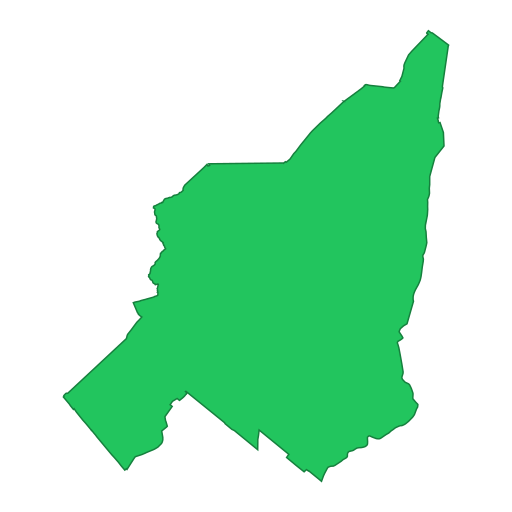 the district of Lansingerland, Zuid-Holland, Netherlands
{"feature_id": "6326949B1243164224126", "entity_name": "Lansingerland", "entity_type": "district", "adm_level": 2, "iso_a3": "NLD", "parent_name": "Netherlands", "parent_adm1": "Zuid-Holland", "projection": "orthographic", "projection_center": [4.494, 52.011], "detail": "fine", "context": "isolated", "style": "filled", "palette": "green", "viewbox_px": 512, "rotation_deg": 0, "n_neighbors": 0, "source": "geoboundaries", "source_scale": "gbopen_adm2", "svg_char_len": 6019}
<svg xmlns="http://www.w3.org/2000/svg" viewBox="0 0 512 512"><path d="M426.7,32.9L426.8,33.3L428.1,34.2L411.8,51.2L408.6,54.9L404.9,62.7L404.1,64.8L403.9,66.0L404.0,68.2L403.9,68.7L401.9,76.4L399.8,80.7L400.4,81.2L394.4,87.6L393.5,88.0L387.2,87.4L384.4,87.1L382.5,86.7L369.8,85.4L366.5,84.6L365.8,84.6L365.3,84.8L364.4,85.5L364.7,85.8L364.6,86.0L360.9,89.0L344.2,101.3L343.7,101.2L344.0,101.5L343.6,101.5L343.3,102.0L332.4,112.2L331.9,112.7L327.5,116.5L325.9,118.2L320.3,123.1L312.4,130.8L310.3,133.1L307.9,136.1L300.5,145.2L295.9,151.4L293.8,153.6L290.0,159.1L286.3,162.2L285.4,161.7L283.5,163.2L283.4,163.0L208.8,163.8L209.6,165.5L207.9,166.0L207.0,164.4L203.8,167.6L184.8,185.1L183.4,187.5L183.0,189.1L183.0,189.4L183.2,190.3L181.3,192.1L180.9,192.4L179.5,192.6L179.0,193.7L177.7,194.5L176.1,195.0L174.5,195.2L173.7,195.5L173.2,195.8L172.2,196.8L171.1,197.3L170.6,197.4L169.6,197.4L167.6,198.2L165.8,198.5L164.9,198.9L164.4,199.3L164.0,200.0L162.9,201.9L162.8,202.3L162.4,202.6L162.1,202.4L161.7,202.4L161.5,202.6L161.4,202.9L161.3,203.0L159.6,203.4L158.8,204.0L158.0,204.4L157.0,204.8L156.0,205.4L155.7,205.7L154.1,206.0L153.9,206.3L153.7,206.5L153.5,207.0L153.5,208.0L154.6,208.3L154.8,208.6L155.0,209.2L155.0,210.2L154.6,211.4L154.5,212.2L154.7,212.8L154.8,214.1L155.1,215.0L155.9,215.5L156.3,215.9L156.7,218.6L156.7,219.0L156.5,219.7L156.4,220.3L156.1,221.4L156.0,221.9L156.1,222.4L156.4,223.1L157.1,223.6L158.1,224.1L158.9,225.1L159.0,226.3L158.9,227.3L159.0,227.6L159.4,228.7L159.6,228.9L159.8,229.2L159.6,229.6L159.5,230.0L159.3,230.2L158.0,231.1L157.3,231.8L157.3,232.8L156.9,233.7L157.0,234.3L157.2,234.7L157.3,235.6L157.8,236.5L158.1,236.6L158.3,237.4L159.3,238.1L159.5,238.4L159.5,238.8L159.7,239.3L160.5,240.5L162.4,242.0L162.7,242.4L163.2,242.6L163.2,242.8L163.0,243.1L163.0,243.6L163.6,244.5L163.6,245.1L164.4,246.1L164.8,247.4L165.6,248.8L163.6,250.3L163.0,251.2L162.2,251.5L161.9,252.0L161.5,252.3L161.2,253.0L160.5,253.3L160.3,255.1L160.3,256.2L159.2,258.3L158.6,259.0L157.3,260.4L156.2,261.3L155.4,262.1L155.1,262.6L155.2,263.8L154.6,264.8L153.3,265.8L152.2,266.4L151.5,267.1L150.8,268.5L150.7,269.2L150.5,269.9L150.6,270.9L150.3,271.7L150.3,272.2L150.1,272.5L150.1,273.3L150.0,273.5L149.4,274.3L148.7,274.7L148.9,276.0L148.9,276.3L148.6,276.4L148.7,276.8L149.5,277.6L150.0,278.5L150.3,279.3L150.8,279.8L151.9,280.2L152.1,280.5L152.4,280.9L153.0,282.7L153.2,283.0L154.0,283.5L155.2,284.1L155.3,284.3L155.1,284.4L155.3,284.7L156.8,284.3L157.1,284.3L157.7,284.0L158.1,284.1L158.3,284.3L158.3,284.5L157.5,287.9L157.4,288.3L157.2,288.6L157.3,288.7L157.5,289.6L157.6,290.5L157.4,290.7L157.5,291.0L157.8,291.8L157.8,292.2L157.6,292.3L157.9,292.5L157.9,293.7L157.8,295.2L157.4,295.5L156.7,295.9L154.3,296.6L154.0,297.0L146.4,299.1L146.3,299.3L146.3,299.2L141.9,300.3L140.2,300.8L139.9,301.1L134.9,302.1L133.3,302.7L137.6,312.9L138.3,313.4L138.6,314.2L138.5,314.3L139.7,315.5L141.8,317.0L139.2,319.9L136.9,322.2L135.4,324.2L131.2,329.9L127.7,334.3L127.2,335.4L126.4,338.6L67.7,393.3L66.7,393.2L66.1,393.3L65.6,393.7L64.0,395.4L63.8,395.8L64.0,396.4L63.4,397.0L69.3,404.0L70.4,405.7L73.4,409.4L74.1,408.7L76.5,412.2L82.9,420.2L85.7,423.3L90.5,429.1L91.4,430.4L91.6,430.2L93.8,433.0L95.6,435.1L96.0,435.6L96.5,436.4L101.9,442.9L111.8,454.8L114.3,457.5L118.3,462.1L121.3,466.0L124.8,470.1L126.4,468.7L127.0,469.4L134.1,458.3L135.3,456.7L142.0,454.5L145.5,453.0L145.5,452.9L153.5,449.6L155.1,448.8L157.9,447.1L161.5,443.5L162.3,441.9L162.8,439.9L162.8,437.4L161.7,431.0L166.6,427.0L167.3,426.2L166.0,421.7L165.6,420.9L164.9,416.7L172.2,406.4L170.1,404.7L172.5,401.3L177.1,398.5L179.5,400.4L182.5,398.0L183.6,397.0L184.6,396.0L186.4,393.7L186.5,393.8L187.1,392.9L185.5,391.6L185.9,391.3L224.0,422.2L224.6,422.7L225.1,423.7L231.8,429.3L234.3,430.5L257.7,449.7L257.8,442.3L257.8,439.5L258.5,435.4L259.1,430.0L288.8,454.3L286.6,457.5L296.0,465.3L304.1,471.8L306.5,469.6L308.4,471.0L308.7,470.8L321.5,481.3L323.5,475.8L324.6,473.4L327.3,468.3L328.1,467.2L329.9,466.5L331.1,466.2L333.3,466.1L334.9,465.4L341.1,461.3L343.1,459.6L346.0,458.0L347.0,457.1L347.4,456.2L347.4,454.4L347.7,453.0L348.4,452.0L349.3,451.4L352.3,450.7L353.4,450.3L355.8,448.7L357.2,448.0L358.9,447.7L361.2,447.6L362.8,447.3L364.9,446.7L366.3,445.8L367.0,445.1L367.2,444.7L367.5,444.0L367.6,441.7L367.4,437.9L367.5,437.2L368.3,436.3L369.1,435.9L369.9,436.0L372.3,437.1L376.3,438.6L378.2,438.8L379.1,438.8L379.9,438.6L380.9,438.1L386.0,434.6L388.8,433.0L391.1,430.9L393.0,429.6L395.5,427.7L398.8,426.2L400.2,425.7L401.9,425.6L403.8,424.8L405.4,423.9L408.6,421.3L412.7,417.1L414.1,415.1L414.5,414.4L416.6,408.8L417.6,407.1L417.9,404.6L417.6,404.1L416.0,402.5L412.9,398.8L412.8,397.9L413.0,394.4L413.0,393.6L412.8,392.7L411.3,388.4L409.6,384.9L409.2,384.4L408.3,383.7L405.7,382.5L405.0,382.1L403.1,380.1L402.3,379.1L402.1,378.5L401.9,377.7L401.9,377.0L403.0,373.4L403.1,371.9L401.9,364.4L400.2,354.9L398.8,347.6L398.1,345.1L397.3,342.8L397.4,342.4L397.9,341.4L400.3,340.0L402.0,338.8L402.9,337.9L401.9,336.0L399.1,331.8L399.7,330.0L400.4,328.6L403.6,325.8L407.0,323.8L413.5,301.2L413.3,300.5L413.1,299.5L413.1,297.2L413.2,296.1L413.7,294.0L414.3,292.3L415.3,290.0L418.2,284.8L419.1,282.8L420.2,280.1L420.6,278.5L421.0,276.7L421.6,272.6L422.3,266.8L423.2,261.5L423.4,259.1L422.9,257.0L422.8,255.9L423.0,255.0L424.1,253.2L424.5,252.2L426.1,246.0L426.5,244.2L426.8,242.7L426.3,237.3L426.0,231.7L425.3,228.5L425.4,225.2L425.7,223.1L425.8,223.2L427.3,215.5L427.4,214.5L427.7,209.6L427.6,206.5L427.7,202.4L427.5,199.7L427.6,199.1L428.4,197.5L428.9,196.1L429.2,194.9L429.5,193.2L429.3,188.2L429.7,184.7L429.7,182.8L429.7,176.5L434.9,157.5L444.0,146.0L443.4,132.5L440.0,122.5L438.7,122.8L438.3,121.7L438.2,120.5L437.4,118.1L438.5,117.9L438.2,116.1L438.3,115.5L438.9,111.0L439.6,107.6L439.8,105.9L439.8,103.7L440.5,99.5L440.7,97.9L440.9,97.9L441.8,92.7L442.8,87.8L442.5,87.5L442.4,86.3L448.0,47.8L448.1,46.8L448.0,46.6L448.5,45.6L448.6,45.1L433.1,33.5L432.0,32.8L431.1,32.8L428.4,30.7L426.7,32.9Z" fill="#22c55e" stroke="#15803d" stroke-width="1.5"/></svg>